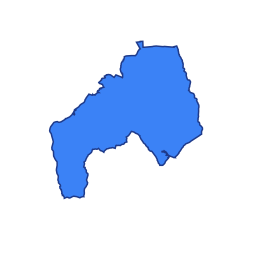 Codlea, Brasov, Romania (orthographic projection), rotated 308°
{"feature_id": "2599482B67290406557630", "entity_name": "Codlea", "entity_type": "district", "adm_level": 2, "iso_a3": "ROU", "parent_name": "Romania", "parent_adm1": "Brasov", "projection": "orthographic", "projection_center": [25.433, 45.714], "detail": "fine", "context": "isolated", "style": "filled", "palette": "blue", "viewbox_px": 256, "rotation_deg": 308, "n_neighbors": 0, "source": "geoboundaries", "source_scale": "gbopen_adm2", "svg_char_len": 5800}
<svg xmlns="http://www.w3.org/2000/svg" viewBox="0 0 256 256"><g transform="rotate(308 128 128)"><path d="M168.4,189.8L170.2,188.3L171.9,187.6L172.4,187.7L172.8,187.5L173.9,186.6L174.1,186.1L174.3,185.7L174.3,185.0L174.5,184.5L174.6,183.8L174.6,182.6L175.7,181.6L176.2,180.9L176.3,180.3L176.0,179.8L176.5,178.8L177.5,178.1L178.0,177.9L178.5,177.4L180.8,176.3L181.3,175.6L184.6,173.4L186.8,171.6L188.1,171.0L189.5,169.8L190.0,169.0L190.2,168.2L190.7,167.8L190.9,167.0L191.7,165.4L191.9,165.1L192.7,165.0L193.2,164.3L193.3,163.8L192.8,162.2L192.9,161.7L193.7,161.0L194.3,160.7L195.3,159.0L195.4,158.6L195.3,157.8L195.0,157.1L194.8,156.3L194.4,155.5L194.5,154.7L195.0,153.9L195.0,153.4L194.8,152.7L195.2,152.4L195.7,152.5L196.1,152.4L197.0,151.5L198.5,151.2L199.2,150.5L199.5,150.5L202.3,149.2L202.9,148.8L203.4,147.7L203.6,147.1L203.5,146.8L203.0,146.1L202.8,145.2L202.9,144.9L204.0,143.1L205.3,141.5L205.8,141.1L206.6,140.7L206.9,140.3L207.5,138.8L207.2,138.1L207.3,137.1L207.5,136.9L208.4,136.8L209.3,136.2L209.5,135.2L209.2,134.7L209.3,134.4L209.7,133.9L210.3,133.7L211.2,132.9L212.5,132.0L212.8,131.2L213.1,131.1L213.5,130.7L213.5,130.3L213.6,130.0L214.6,129.3L214.9,128.8L215.2,127.6L216.0,126.3L216.7,123.9L217.5,123.2L217.6,122.4L219.1,120.9L220.1,119.6L220.5,119.5L222.6,115.9L220.0,113.9L219.8,114.3L214.7,106.5L214.4,106.3L213.4,105.1L209.9,99.7L207.9,97.6L207.3,97.2L201.8,91.3L200.9,90.1L205.4,86.3L203.7,84.3L203.4,84.5L200.8,81.9L197.9,88.9L196.9,88.4L196.0,88.6L194.6,88.6L191.8,89.4L189.6,89.3L187.3,86.3L183.9,82.5L183.5,82.1L181.9,81.2L181.6,81.5L180.3,82.2L179.2,82.6L179.1,82.2L177.3,82.9L177.1,82.5L174.9,82.8L173.6,83.7L173.0,83.8L171.4,85.0L169.9,85.5L169.3,86.0L168.1,87.5L167.3,89.0L167.6,89.4L166.9,90.1L167.2,90.5L164.7,92.5L164.2,92.6L164.0,91.9L164.0,91.2L162.4,85.8L159.3,85.9L159.1,81.7L159.0,81.3L158.2,79.8L157.3,78.9L157.3,79.0L154.3,77.5L154.0,78.0L153.9,78.5L153.8,79.0L153.5,79.1L153.0,78.8L151.7,77.6L151.4,77.5L151.3,77.1L151.1,77.0L150.5,77.0L149.8,77.5L149.2,77.3L149.0,77.5L148.4,77.3L147.4,77.3L145.9,76.9L145.6,77.6L145.7,78.3L145.8,78.5L145.7,78.6L146.2,79.5L146.2,80.2L146.6,80.8L146.6,81.0L146.2,81.9L145.3,83.0L145.3,83.8L143.9,83.0L142.7,81.9L142.3,81.7L142.3,81.9L142.2,82.4L141.6,82.0L141.1,81.5L140.9,81.5L140.0,82.0L138.9,81.2L138.0,81.3L137.8,81.5L137.8,81.8L138.0,82.2L138.0,83.2L137.5,82.6L136.7,82.1L134.7,81.7L134.1,81.4L133.8,81.7L133.3,81.0L133.3,80.8L132.3,79.9L132.6,79.5L131.8,79.6L131.7,79.5L131.3,77.9L130.7,77.4L130.7,76.4L125.9,76.5L125.1,76.8L124.6,76.7L124.1,76.7L122.8,77.3L121.3,77.6L120.7,77.5L117.9,76.4L116.4,76.1L114.4,76.2L110.1,74.8L109.1,74.7L109.0,74.9L110.4,75.7L110.3,75.8L109.8,75.9L108.3,75.2L107.6,75.2L107.2,75.5L106.4,75.5L106.5,76.0L106.8,76.2L106.2,77.0L106.1,77.4L105.4,77.6L105.2,77.0L105.4,75.7L105.2,75.5L103.9,75.7L100.8,75.2L98.7,74.1L97.3,73.5L96.9,72.9L96.3,73.1L95.7,73.0L91.7,71.5L90.0,70.2L89.7,69.5L89.6,68.5L89.4,68.2L88.4,67.3L87.0,66.3L86.5,66.2L81.7,66.3L81.0,66.4L79.6,66.9L77.5,68.0L76.6,69.6L76.4,70.8L74.5,73.2L72.7,75.7L71.1,77.7L65.9,79.9L64.3,81.3L63.9,83.2L63.6,83.7L60.1,86.7L58.7,89.5L58.0,91.4L57.9,92.2L57.6,93.0L54.9,95.2L51.8,96.8L50.7,97.5L48.4,100.1L47.4,102.5L45.6,103.8L44.4,104.4L43.7,105.0L43.4,105.5L43.2,106.1L42.0,107.0L41.5,109.6L40.7,110.6L39.9,110.3L38.6,111.6L38.4,113.3L38.0,113.3L37.9,113.9L36.3,115.8L35.6,116.1L35.4,116.7L34.7,117.6L35.0,117.6L35.3,117.3L34.9,118.8L34.2,120.4L33.4,121.1L35.8,122.4L36.4,123.6L36.6,124.7L37.5,125.5L39.6,126.4L40.8,127.2L42.3,129.8L43.4,133.1L44.3,133.4L45.1,133.9L46.3,134.8L46.7,135.5L47.2,135.0L47.9,134.6L49.1,134.2L50.7,133.0L51.3,132.3L53.6,131.0L54.6,131.1L56.3,131.0L57.3,130.7L58.4,130.7L60.1,129.8L60.1,129.5L61.5,127.3L66.1,125.5L67.2,124.6L67.4,124.0L67.2,123.2L67.4,122.6L67.9,122.0L68.7,121.5L69.2,120.7L69.5,119.2L70.5,118.5L70.0,117.1L73.0,115.8L74.1,114.3L75.5,114.7L76.3,114.6L76.9,114.3L79.8,113.6L81.2,113.6L82.3,113.2L83.6,113.7L86.2,114.2L87.5,113.9L88.7,113.3L89.5,113.3L89.7,113.8L91.5,115.3L91.8,116.1L92.5,116.9L93.8,117.3L93.2,120.2L93.6,120.9L94.0,122.8L94.0,123.9L95.3,123.5L98.5,124.1L99.3,124.9L100.9,125.9L102.2,127.3L102.4,127.3L103.0,127.8L104.1,130.4L104.5,130.1L105.9,129.8L106.3,129.4L106.8,129.3L107.4,129.7L107.9,130.8L108.7,131.4L109.4,132.7L111.4,133.3L112.1,134.1L112.9,134.6L113.7,134.6L114.4,134.4L116.3,135.7L117.3,134.4L117.9,134.0L118.1,133.7L118.8,133.7L119.2,133.3L119.6,132.8L119.8,132.2L121.8,133.0L123.1,133.1L127.4,132.8L127.5,133.1L127.7,133.3L128.1,134.5L128.4,134.8L128.6,137.4L129.0,138.6L129.2,139.0L129.2,140.5L129.0,141.4L129.1,142.1L128.8,142.1L128.6,142.4L127.0,145.6L126.8,146.9L126.5,147.4L126.1,148.9L125.8,149.3L125.8,151.7L125.5,152.4L125.1,153.0L125.1,154.1L124.7,155.7L125.0,155.8L124.6,156.5L123.6,157.5L123.7,158.5L123.5,159.0L123.5,159.5L123.8,160.4L124.3,160.9L124.1,161.9L122.7,166.9L122.7,167.2L121.1,170.6L120.6,170.8L120.2,171.8L119.4,173.2L119.1,173.4L118.9,174.8L118.6,175.5L118.2,175.9L118.2,176.2L119.0,176.9L119.3,177.6L120.1,178.4L120.4,178.3L121.5,178.5L122.1,178.7L123.4,178.6L124.2,178.2L124.7,178.1L128.9,178.4L128.9,178.2L129.3,177.7L130.4,178.3L130.8,177.9L131.0,177.6L131.0,175.8L130.6,175.6L130.5,175.3L130.2,175.3L130.0,174.9L131.2,174.6L131.6,173.8L131.8,172.9L132.0,172.6L131.7,172.1L131.3,172.0L131.3,171.2L130.4,169.9L130.1,169.6L130.2,169.2L130.0,168.8L131.5,170.1L131.8,170.6L132.3,170.5L132.3,170.9L132.2,171.3L132.5,172.2L132.4,172.8L132.4,173.2L132.0,173.9L132.1,174.4L131.9,174.5L131.7,175.2L131.5,175.3L131.4,177.4L131.7,177.9L131.8,178.8L132.6,181.0L132.8,182.2L133.8,183.6L134.1,183.0L136.7,183.5L139.5,183.6L139.7,183.3L141.2,183.2L142.0,183.3L145.3,182.9L147.0,183.1L148.4,182.7L149.6,183.2L150.9,183.2L154.6,185.3L156.5,185.7L166.7,189.2L166.9,189.1L168.4,189.8Z" fill="#3b82f6" stroke="#1e3a8a" stroke-width="1.5"/></g></svg>